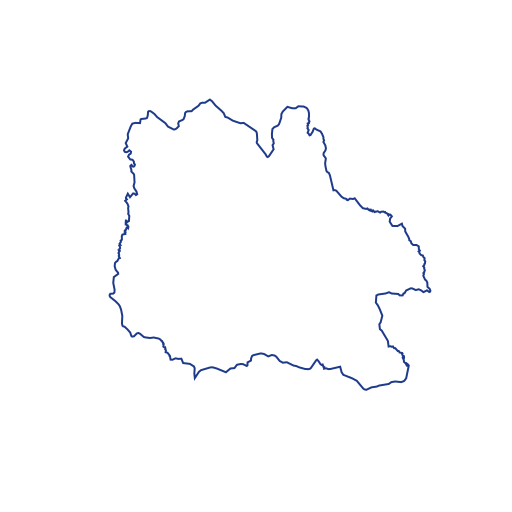 the district of Khamcha-I, Mukdahan, Thailand, rotated 334°
{"feature_id": "78962969B9288623965853", "entity_name": "Khamcha-I", "entity_type": "district", "adm_level": 2, "iso_a3": "THA", "parent_name": "Thailand", "parent_adm1": "Mukdahan", "projection": "equal_earth", "projection_center": [104.357, 16.612], "detail": "fine", "context": "isolated", "style": "outline", "palette": "blue", "viewbox_px": 512, "rotation_deg": 334, "n_neighbors": 0, "source": "geoboundaries", "source_scale": "gbopen_adm2", "svg_char_len": 6135}
<svg xmlns="http://www.w3.org/2000/svg" viewBox="0 0 512 512"><g transform="rotate(334 256 256)"><path d="M128.2,199.7L126.2,200.5L124.5,203.2L123.8,206.9L124.7,210.5L124.3,211.7L119.0,212.6L115.9,217.6L114.1,224.4L112.7,226.8L111.2,227.2L108.5,226.1L107.6,226.6L107.0,227.6L107.0,229.0L109.9,235.1L111.3,239.2L111.6,241.6L111.2,245.2L109.6,251.2L106.0,257.8L105.4,260.0L105.7,260.9L106.9,262.0L108.3,265.6L109.4,269.7L108.9,273.1L109.3,274.1L111.1,274.7L114.8,273.4L116.5,273.6L117.6,274.9L119.6,279.5L120.5,280.4L124.9,283.3L128.3,284.4L132.4,287.6L133.5,289.3L133.7,290.6L134.3,291.3L134.1,292.2L134.6,293.1L134.2,293.8L134.4,294.3L134.0,294.5L134.2,295.1L133.0,296.8L133.7,298.2L134.3,298.3L133.9,299.8L133.5,300.1L133.7,301.2L132.6,302.9L134.0,304.1L134.7,307.0L134.4,307.8L134.8,308.2L133.8,311.7L135.4,312.6L138.8,312.7L141.2,314.5L143.9,315.6L143.6,320.3L149.2,323.9L151.8,328.0L151.7,330.0L149.1,334.5L147.5,338.9L153.9,335.1L156.5,334.5L166.1,336.1L168.3,337.1L171.4,339.9L178.0,347.3L183.7,345.9L187.5,347.3L191.2,345.4L195.0,346.4L196.9,347.5L199.5,350.8L200.4,350.5L201.8,347.9L205.6,347.8L206.7,345.9L208.7,344.1L210.3,344.0L217.5,345.6L220.2,347.5L223.0,351.6L226.8,351.9L229.1,353.6L230.1,355.4L231.3,360.8L233.4,363.7L237.1,365.0L241.7,370.9L244.1,372.7L245.7,374.7L250.5,379.0L253.7,380.8L255.0,381.0L256.3,380.7L264.4,376.1L265.5,375.9L266.1,377.9L266.5,381.3L267.1,382.6L268.3,382.7L268.2,383.6L269.0,383.9L268.0,384.0L268.3,384.7L268.0,385.6L268.6,385.9L267.8,387.1L269.8,387.7L271.5,389.4L273.4,390.2L283.1,392.4L282.0,398.0L282.4,401.1L288.9,408.2L291.9,412.4L294.3,422.2L295.0,423.4L296.4,424.6L302.3,424.7L307.3,426.3L309.8,426.4L319.2,429.2L322.4,428.7L326.1,429.8L331.2,433.0L333.2,433.2L334.6,433.2L337.4,431.7L345.1,421.7L344.8,421.4L345.2,420.6L344.9,419.9L344.0,421.1L343.6,420.9L343.4,419.3L343.9,418.0L343.0,417.3L342.6,415.9L343.3,414.2L343.3,411.6L343.7,411.4L344.5,412.2L344.8,411.7L345.0,410.7L344.2,409.9L344.3,408.2L344.9,407.9L344.9,407.3L342.8,405.7L342.6,403.9L341.8,403.6L340.7,399.8L339.7,399.4L339.4,397.3L338.3,397.2L337.4,396.1L335.5,395.5L337.3,390.1L336.3,378.1L335.3,376.1L336.9,371.5L339.0,370.2L343.4,365.0L343.9,358.0L343.9,353.9L343.3,350.4L346.9,344.3L349.0,344.2L356.1,346.5L359.7,346.9L361.4,349.1L367.2,352.5L367.9,354.4L370.5,355.7L372.2,354.3L373.1,354.6L375.9,352.8L381.0,352.9L382.4,353.8L384.7,356.7L387.6,357.2L389.2,359.1L390.7,361.9L394.6,361.8L395.9,364.3L396.8,364.4L397.5,363.7L397.7,361.7L396.6,358.9L398.3,355.0L398.3,352.8L397.6,351.3L397.7,347.1L398.9,346.0L398.9,344.8L399.8,344.7L400.4,343.7L401.4,343.1L401.7,340.8L402.2,340.1L401.8,338.5L403.1,338.1L403.7,337.1L404.5,336.9L405.8,334.9L405.5,333.6L406.6,331.9L406.0,330.5L406.2,328.7L404.9,327.7L404.1,325.4L404.5,324.1L404.2,323.2L405.6,323.0L405.3,321.4L406.5,318.7L405.1,316.5L402.1,315.0L401.2,312.7L401.6,310.6L400.7,309.0L401.2,307.7L401.3,305.4L400.9,299.4L402.0,296.8L400.8,293.3L401.3,290.9L396.3,291.1L391.8,288.8L391.2,283.8L393.0,281.1L395.5,279.9L394.9,277.7L394.2,277.6L393.7,276.8L392.8,277.5L392.5,275.2L391.2,273.7L391.3,273.1L390.7,273.0L390.0,271.9L387.9,271.1L386.6,271.4L385.0,269.1L382.0,268.5L382.2,268.1L381.6,267.7L381.2,266.3L380.0,266.9L379.5,266.1L379.5,264.6L378.5,264.4L378.2,264.9L377.7,264.3L377.8,263.6L377.2,263.3L377.0,262.1L375.7,262.0L373.0,259.9L371.7,255.9L370.0,247.4L368.2,247.3L365.6,245.6L363.0,246.1L362.2,245.3L362.4,244.7L361.8,243.8L360.3,242.7L358.9,240.3L356.8,232.5L355.8,231.4L354.4,230.9L357.8,215.9L357.9,213.1L356.9,211.9L356.6,210.5L357.7,206.0L358.8,202.9L361.4,199.2L361.5,198.1L360.9,195.4L361.2,194.2L362.0,193.1L364.6,191.6L366.0,190.0L366.8,187.0L366.6,183.0L367.9,181.9L367.9,180.4L368.7,178.7L368.9,175.3L368.6,172.3L365.7,168.8L364.8,167.0L363.8,166.9L361.3,169.2L358.0,171.2L357.0,171.0L357.0,169.2L356.4,167.9L358.6,165.8L358.2,163.8L358.8,163.3L359.3,161.5L360.2,161.3L360.5,159.6L361.7,159.8L361.9,159.1L362.4,159.1L363.1,158.4L363.0,156.4L363.6,155.9L363.6,155.2L364.7,154.1L366.3,150.6L366.8,148.3L366.6,146.0L366.3,145.0L364.4,142.6L359.7,140.0L356.5,140.6L355.2,140.1L353.1,138.9L349.6,135.7L343.4,137.9L341.1,139.5L339.2,142.9L334.5,147.6L332.6,148.4L328.8,148.2L326.4,149.1L323.8,153.3L322.2,156.9L322.6,159.2L322.1,159.8L321.3,162.6L319.5,163.6L318.6,167.8L311.5,171.9L309.9,172.2L309.3,171.3L309.2,168.7L306.3,155.0L306.5,154.0L308.0,152.4L310.4,146.5L310.8,144.8L310.5,143.5L303.3,131.0L300.3,129.9L298.3,128.0L294.5,124.2L291.2,119.1L289.4,117.6L289.6,113.5L288.6,110.3L285.6,103.1L284.3,97.5L283.1,95.2L277.4,95.9L275.0,94.7L272.9,94.4L270.1,95.8L263.8,96.8L261.6,97.6L257.7,95.9L256.0,95.9L255.0,96.4L253.3,99.0L251.1,101.1L249.7,101.5L245.8,101.3L244.2,102.7L243.5,105.5L240.3,106.6L238.4,106.6L237.5,106.2L233.6,101.1L232.8,96.9L228.0,87.7L227.0,83.9L225.1,80.2L224.4,79.4L223.2,78.8L222.3,79.0L220.2,82.4L218.6,84.1L217.2,84.1L212.8,82.5L212.1,82.7L210.0,85.7L206.0,83.5L202.9,82.8L200.5,84.4L194.1,90.3L192.7,94.2L188.4,97.4L188.3,101.3L185.2,101.9L183.7,103.1L183.7,104.8L184.7,105.8L186.3,106.1L188.5,105.5L189.4,107.5L188.3,109.0L186.2,109.3L184.6,110.6L185.3,114.1L187.2,115.4L187.6,117.6L186.9,119.4L187.3,120.6L186.5,121.6L185.3,122.1L184.4,121.5L184.0,119.5L182.7,119.8L182.3,120.4L181.8,123.8L181.0,125.4L182.1,128.8L182.0,129.7L179.1,136.6L176.6,139.5L176.3,142.0L176.8,145.5L176.3,148.4L174.8,148.6L174.2,146.8L173.0,145.9L168.5,147.9L168.1,143.8L164.7,146.5L164.4,147.2L164.8,148.5L162.6,149.0L163.4,152.5L163.1,155.6L162.1,156.8L160.5,161.0L159.6,162.0L159.7,164.4L157.1,168.9L155.2,169.0L155.1,167.4L154.6,167.1L153.2,169.4L153.4,170.1L152.9,170.5L153.5,170.9L153.3,171.4L154.0,172.2L153.6,172.5L153.8,173.0L153.5,173.3L154.1,173.7L153.8,174.4L153.2,175.0L153.1,174.4L151.9,174.0L149.9,176.0L149.3,175.6L148.9,176.0L149.2,176.9L149.0,177.8L148.1,177.8L148.1,178.9L145.3,178.2L144.1,179.3L142.6,182.6L141.1,182.8L140.8,184.1L138.8,185.1L138.9,186.3L138.5,186.0L138.3,186.5L137.7,186.6L137.7,188.3L137.2,189.5L136.1,189.9L135.9,191.3L135.1,190.9L135.1,192.1L133.7,193.0L133.9,193.5L133.4,195.3L132.6,195.8L132.7,198.1L131.7,197.9L129.1,199.8L128.2,199.7Z" fill="none" stroke="#1e3a8a" stroke-width="2"/></g></svg>